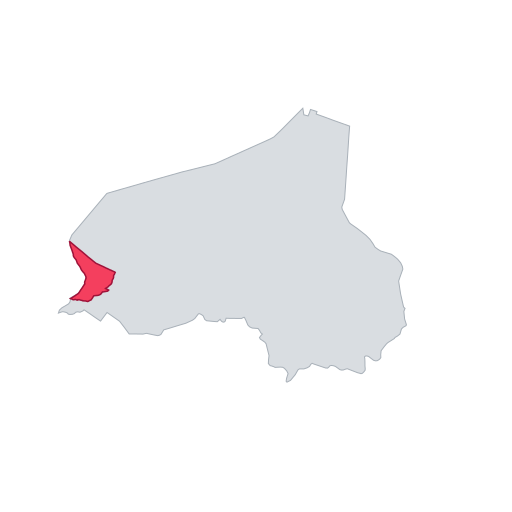 location of Al-Zubair, Al-Basrah, Iraq, rotated 125°
{"feature_id": "34846034B69957241231378", "entity_name": "Al-Zubair", "entity_type": "district", "adm_level": 2, "iso_a3": "IRQ", "parent_name": "Iraq", "parent_adm1": "Al-Basrah", "projection": "mercator", "projection_center": [47.115, 29.902], "detail": "fine", "context": "in_parent", "style": "filled", "palette": "rose", "viewbox_px": 512, "rotation_deg": 125, "n_neighbors": 0, "source": "geoboundaries", "source_scale": "gbopen_adm2", "svg_char_len": 6692}
<svg xmlns="http://www.w3.org/2000/svg" viewBox="0 0 512 512"><g transform="rotate(125 256 256)"><path d="M213.4,103.9L216.6,103.1L222.4,98.1L225.9,93.5L227.0,93.1L230.1,94.6L232.3,95.0L237.4,93.3L240.4,94.2L243.0,95.4L244.4,95.4L251.3,98.3L253.0,98.7L256.5,99.0L261.8,99.2L265.2,97.3L267.6,95.5L269.3,95.5L270.9,96.0L272.3,96.7L273.4,98.1L274.0,100.0L273.7,106.2L274.3,107.9L275.2,109.0L276.4,109.3L277.8,107.9L280.3,106.0L283.4,103.8L285.7,101.9L287.0,101.1L289.1,101.2L291.1,101.6L292.2,102.5L292.2,102.8L293.3,105.7L296.0,116.6L297.5,117.9L299.3,119.1L300.5,120.7L301.0,122.3L300.9,124.8L300.9,127.7L301.6,130.0L302.6,131.7L303.6,132.5L305.0,132.6L306.7,133.0L307.8,134.7L311.4,146.9L311.7,148.5L313.3,149.0L315.7,148.8L318.3,150.0L321.0,152.0L323.6,155.7L325.3,156.3L330.7,155.8L338.1,156.4L341.6,158.3L341.3,159.5L338.6,160.8L333.9,162.3L332.5,164.9L331.7,168.3L331.8,170.2L333.0,172.3L336.3,176.5L336.5,178.0L337.1,180.1L337.7,181.5L337.0,184.2L334.0,186.1L330.1,188.2L322.1,197.4L321.5,199.4L321.6,204.8L320.8,206.4L318.3,206.3L316.3,206.0L316.2,207.9L314.9,210.5L314.2,212.7L317.2,217.8L317.7,220.6L317.2,223.1L314.5,227.4L312.9,230.3L313.3,230.9L315.4,232.0L322.0,241.5L324.1,244.8L326.9,243.9L327.9,244.0L328.7,244.5L329.2,245.6L329.2,247.0L328.5,249.1L332.0,250.0L333.3,252.1L337.4,259.4L337.3,261.6L335.3,265.0L335.3,267.3L335.7,269.3L336.4,270.0L342.4,270.3L345.0,271.2L351.3,274.9L358.5,280.6L364.4,285.2L369.4,289.2L374.8,288.9L376.2,289.6L377.6,290.8L379.1,294.1L382.2,301.4L384.8,303.8L388.8,309.7L392.6,315.2L390.1,322.6L387.7,330.3L387.7,340.2L387.7,345.6L392.8,345.8L398.5,346.0L398.6,352.4L398.6,358.8L398.7,366.0L400.3,366.3L403.0,367.9L404.1,370.2L405.6,371.5L407.3,371.7L409.0,372.9L410.7,375.0L411.3,376.5L410.9,377.6L411.2,379.5L412.4,382.3L413.8,383.5L416.1,385.1L413.1,386.0L409.8,385.3L402.8,382.1L400.6,382.0L397.6,383.2L397.5,384.3L390.1,380.8L387.5,380.1L386.5,380.0L382.3,380.0L376.3,380.7L372.7,382.1L370.3,383.6L369.2,385.1L368.8,385.9L366.8,390.4L364.6,396.0L362.3,401.1L357.9,408.3L355.4,411.6L350.1,417.7L344.3,418.9L331.0,417.7L316.2,416.4L301.5,415.1L290.6,414.1L289.8,413.7L279.0,405.0L270.4,398.0L259.7,389.4L248.8,380.5L237.8,371.5L229.7,364.9L220.0,356.4L211.1,348.7L204.1,342.6L195.1,337.2L188.0,333.0L177.8,326.9L169.6,322.0L162.6,317.8L151.8,311.4L148.2,309.6L137.0,307.4L126.4,305.6L115.4,303.7L108.1,302.4L112.9,297.8L111.4,293.7L107.9,294.4L104.7,295.4L102.7,288.9L105.2,288.1L102.9,279.7L100.6,270.9L98.3,262.5L95.9,253.8L105.2,248.3L112.1,244.1L121.8,238.2L131.2,232.6L140.1,227.2L149.9,221.3L158.7,216.0L166.7,213.8L168.4,212.1L172.1,204.8L175.2,198.6L175.4,197.1L175.4,188.3L176.0,177.8L177.0,172.2L178.8,167.3L180.5,163.6L180.6,160.2L180.4,156.8L178.7,151.6L176.9,146.1L177.1,140.9L177.4,138.1L178.6,133.6L180.5,130.3L182.5,128.2L190.2,126.1L194.7,124.8L200.8,119.0L204.4,115.5L209.4,110.0L213.1,105.9L213.4,104.5L213.4,103.9Z" fill="#d9dde1" stroke="#a8b0b8" stroke-width="1"/><path d="M391.3,370.9L390.9,370.3L390.7,370.0L390.5,369.7L390.4,369.3L390.2,368.7L390.0,368.3L389.8,367.7L389.4,367.5L389.1,367.3L388.7,367.1L388.2,366.9L387.9,366.7L387.5,366.5L387.2,366.3L386.9,366.1L386.6,365.9L386.1,365.9L385.7,365.9L385.2,365.9L384.8,365.9L384.2,365.9L383.9,365.9L383.6,365.9L383.3,366.0L382.9,366.0L382.6,366.0L382.4,366.0L382.0,366.1L381.7,366.1L381.4,365.8L381.2,365.5L380.9,365.3L380.7,365.0L380.4,364.7L380.2,364.4L380.0,364.1L379.7,363.9L379.4,363.5L379.2,363.2L378.9,362.9L378.7,362.7L378.4,362.5L378.3,362.4L378.1,362.3L377.8,362.0L377.5,361.9L377.2,361.7L376.7,361.5L376.5,361.3L376.2,361.3L375.5,361.3L375.1,361.2L374.7,361.2L374.3,361.2L373.9,361.2L373.5,361.2L373.2,360.8L373.0,360.5L372.7,360.2L372.4,360.0L372.1,359.6L371.7,359.2L371.3,358.8L371.0,358.5L370.8,358.3L370.5,358.0L370.2,357.7L369.9,357.4L369.5,357.3L369.2,357.2L368.9,357.2L368.6,357.1L368.4,357.1L368.4,357.4L368.5,357.8L368.6,358.2L368.6,358.5L368.7,359.3L368.9,360.1L368.9,360.3L369.0,360.7L368.9,360.7L368.6,360.5L368.3,360.4L367.4,360.0L366.7,359.8L366.1,359.5L365.8,359.4L365.6,359.4L365.2,359.4L364.8,359.3L364.5,359.3L364.4,359.3L364.2,359.2L363.9,359.1L363.7,359.0L363.4,358.9L363.2,358.8L362.6,358.8L362.4,358.7L362.0,358.6L361.9,358.5L361.7,358.5L361.3,358.6L360.9,358.7L360.6,358.8L360.4,358.8L360.2,358.9L360.0,359.0L359.9,359.0L359.7,359.1L359.3,359.3L359.1,359.5L358.7,359.7L358.3,359.9L358.1,359.9L357.9,359.9L357.5,360.0L357.3,360.0L357.1,360.0L356.6,360.0L356.4,360.0L356.2,360.1L355.8,360.2L355.6,360.3L355.4,360.3L355.1,360.5L354.8,360.7L354.5,360.9L354.2,361.1L353.8,361.3L353.5,361.5L353.1,361.5L352.5,361.5L352.2,361.5L351.7,361.6L351.4,361.7L351.0,361.8L350.4,361.9L350.2,361.9L350.1,362.2L350.1,362.4L350.2,363.1L350.4,363.9L350.5,364.7L350.7,365.6L350.8,366.6L351.0,367.2L351.2,368.1L351.3,369.0L351.4,369.7L351.5,369.9L351.5,370.4L351.8,371.5L352.1,373.7L352.3,375.0L352.5,376.0L352.7,377.0L352.9,378.1L353.1,379.3L353.4,381.0L353.6,382.1L353.8,383.1L353.8,383.4L353.7,383.9L353.5,387.2L353.4,388.1L353.3,389.6L353.2,391.5L353.1,393.3L353.0,393.9L352.8,395.8L352.6,398.0L352.3,400.8L352.2,402.4L352.1,403.6L352.0,405.4L351.8,407.9L351.7,409.4L351.5,410.7L351.5,411.3L351.4,412.3L351.3,412.9L351.3,413.4L351.1,415.4L351.1,416.0L351.0,416.5L351.0,417.0L350.9,417.4L351.3,416.9L351.7,416.3L352.0,416.1L352.3,415.7L352.6,415.5L353.2,415.0L353.6,414.6L353.9,414.4L354.0,414.1L354.2,413.9L355.0,412.8L355.2,412.4L355.6,411.9L356.4,410.7L357.1,409.7L357.9,408.7L358.4,408.0L358.7,407.4L359.0,407.2L359.2,406.9L359.6,406.5L359.8,406.3L360.1,406.2L360.3,406.0L360.6,405.6L361.1,405.1L361.3,404.5L361.7,403.5L361.9,402.7L362.2,401.6L362.3,401.2L362.9,400.3L363.4,399.6L364.2,398.5L364.5,398.0L364.8,396.9L365.1,396.0L365.4,394.9L365.7,394.2L366.1,393.4L367.1,391.8L367.5,391.1L367.7,390.5L367.9,389.9L368.0,389.4L368.2,388.8L368.4,388.1L368.5,387.5L368.6,387.0L368.8,386.5L369.1,385.9L369.4,385.4L369.8,384.7L370.0,384.3L370.2,383.9L370.4,383.6L370.6,383.4L371.0,383.0L371.2,382.8L371.6,382.5L372.0,382.4L372.6,382.3L373.0,382.1L373.5,382.0L373.8,381.9L374.6,381.7L375.1,381.6L375.6,381.4L375.8,381.3L376.1,381.1L376.4,380.9L376.6,380.7L377.0,380.2L377.4,380.2L378.4,380.2L379.2,380.2L381.6,380.1L384.8,380.1L386.8,380.0L388.3,380.0L388.7,380.1L388.8,380.1L389.6,380.4L391.1,381.0L392.5,381.5L395.6,382.8L396.7,383.2L396.8,383.3L397.3,383.5L397.2,383.1L397.0,382.6L396.9,382.2L396.9,381.8L396.8,381.0L396.6,380.5L396.1,379.9L395.7,379.6L395.3,379.2L395.0,378.6L394.9,377.8L394.8,377.3L394.7,377.1L394.2,377.2L394.0,376.8L393.7,376.2L393.2,376.0L393.2,375.7L392.8,374.5L392.3,373.2L392.0,372.5L391.9,372.3L391.8,372.0L391.9,371.9L391.7,371.7L391.6,371.4L391.5,371.2L391.3,370.9Z" fill="#f43f5e" stroke="#9f1239" stroke-width="1.5"/></g></svg>